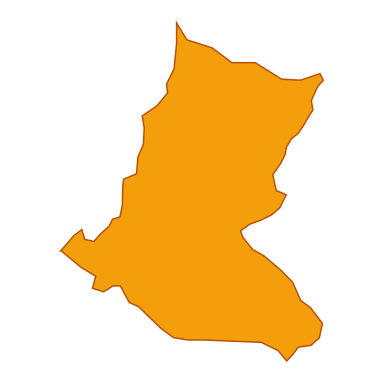 outline of Potamiou, Limassol, Cyprus
{"feature_id": "46923920B54704702954379", "entity_name": "Potamiou", "entity_type": "district", "adm_level": 2, "iso_a3": "CYP", "parent_name": "Cyprus", "parent_adm1": "Limassol", "projection": "mercator", "projection_center": [32.807, 34.822], "detail": "fine", "context": "isolated", "style": "filled", "palette": "amber", "viewbox_px": 384, "rotation_deg": 0, "n_neighbors": 0, "source": "geoboundaries", "source_scale": "gbopen_adm2", "svg_char_len": 1091}
<svg xmlns="http://www.w3.org/2000/svg" viewBox="0 0 384 384"><path d="M176.6,23.0L176.6,43.3L174.1,68.8L166.5,84.1L167.5,93.0L157.1,105.7L142.2,115.9L144.2,127.9L143.4,144.2L137.9,157.1L136.5,173.8L123.6,179.2L122.8,185.7L122.5,195.5L122.5,204.9L119.9,217.0L112.5,219.2L109.0,226.3L100.3,234.1L94.0,241.4L84.7,239.4L81.8,229.5L74.0,235.5L64.9,246.0L60.7,250.9L61.3,250.9L80.3,266.8L95.7,276.3L92.5,288.3L103.6,291.8L113.1,285.9L120.3,285.9L129.4,302.6L138.5,306.6L151.9,319.7L161.0,328.4L173.3,337.6L188.0,340.0L205.0,340.0L232.7,341.2L261.2,342.3L278.2,350.7L286.7,361.0L292.4,355.0L298.3,347.2L311.0,345.3L319.3,337.9L322.5,323.5L310.5,307.7L300.7,300.5L292.7,282.4L281.0,270.3L264.0,255.9L252.6,249.5L242.8,237.2L240.6,230.8L249.7,224.2L260.8,220.2L271.2,215.1L279.7,207.9L286.3,194.8L276.2,190.5L272.8,174.8L280.5,163.6L285.0,154.8L286.6,146.8L291.4,138.8L298.3,133.2L303.9,124.9L308.4,117.1L312.9,109.9L311.3,100.6L317.7,86.4L323.3,80.3L320.0,73.7L300.4,80.2L281.4,79.1L255.3,62.7L231.9,62.7L212.3,48.0L186.8,39.8L176.6,23.0Z" fill="#f59e0b" stroke="#b45309" stroke-width="1.5"/></svg>